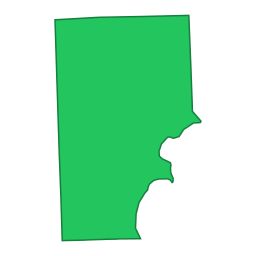 Macomb, Michigan, United States of America (Mercator projection)
{"feature_id": "52423323B97340038946788", "entity_name": "Macomb", "entity_type": "district", "adm_level": 2, "iso_a3": "USA", "parent_name": "United States of America", "parent_adm1": "Michigan", "projection": "mercator", "projection_center": [-82.866, 42.672], "detail": "fine", "context": "isolated", "style": "filled", "palette": "green", "viewbox_px": 256, "rotation_deg": 0, "n_neighbors": 0, "source": "geoboundaries", "source_scale": "gbopen_adm2", "svg_char_len": 763}
<svg xmlns="http://www.w3.org/2000/svg" viewBox="0 0 256 256"><path d="M55.0,19.8L57.8,108.1L59.2,152.3L59.8,167.9L60.9,196.9L61.8,226.1L62.2,240.6L83.8,240.1L90.6,239.8L103.5,239.4L104.6,239.3L116.6,239.1L119.1,238.9L140.5,238.7L135.5,228.3L136.1,213.8L139.0,202.5L144.3,193.9L144.6,193.4L147.6,189.9L148.3,186.5L149.5,184.0L153.8,180.4L158.7,179.0L167.6,178.8L170.4,180.1L172.1,182.5L172.9,181.9L173.2,178.5L170.8,172.9L170.5,168.0L171.0,165.2L170.4,162.7L162.4,158.9L159.4,156.2L159.0,151.2L159.8,148.9L161.4,144.0L167.4,137.4L169.2,136.8L173.5,138.3L179.1,136.5L182.4,131.4L183.6,129.5L193.5,123.0L200.3,122.6L201.0,121.2L192.4,111.3L192.2,103.9L190.9,67.9L188.8,15.4L142.3,16.5L98.9,17.3L55.0,19.8Z" fill="#22c55e" stroke="#15803d" stroke-width="1.5"/></svg>